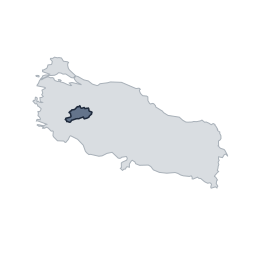 Afyonkarahisar on a map of Turkey (Robinson projection), rotated 21°
{"feature_id": "TUR-2272", "entity_name": "Afyonkarahisar", "entity_type": "Province", "adm_level": 1, "iso_a3": "TUR", "parent_name": "Turkey", "parent_adm1": "", "projection": "robinson", "projection_center": [30.622, 38.521], "detail": "fine", "context": "in_parent", "style": "filled", "palette": "slate", "viewbox_px": 256, "rotation_deg": 21, "n_neighbors": 0, "source": "natural_earth", "source_scale": "10m", "svg_char_len": 4732}
<svg xmlns="http://www.w3.org/2000/svg" viewBox="0 0 256 256"><g transform="rotate(21 128 128)"><path d="M194.2,94.1L197.6,95.2L198.7,94.4L201.8,94.5L204.5,95.1L205.9,93.3L207.9,93.5L208.3,94.4L209.3,94.8L212.2,97.1L211.9,97.4L212.7,98.3L215.2,98.9L215.5,100.1L217.5,101.9L218.6,104.6L218.1,106.5L217.1,107.7L218.9,111.9L218.5,112.4L221.5,113.8L225.3,113.6L226.5,114.2L230.3,117.5L231.3,118.7L228.7,117.2L227.4,118.5L226.8,121.8L222.9,122.4L223.6,124.5L224.7,125.5L224.4,127.5L224.8,128.3L225.9,129.6L225.9,131.4L226.4,133.3L226.5,135.5L228.2,136.2L227.5,137.3L225.9,141.9L226.1,142.3L227.3,142.4L230.2,144.5L229.7,145.2L230.2,148.2L232.7,150.1L232.4,151.1L232.5,152.1L230.7,151.6L227.3,154.3L226.9,154.2L226.4,153.3L226.1,150.6L225.2,150.0L224.1,149.8L222.2,151.0L220.5,150.9L218.7,150.7L214.0,149.1L212.3,149.6L210.5,149.0L207.1,152.3L206.1,152.5L205.5,150.9L204.2,150.0L202.7,151.2L196.8,152.8L194.1,153.0L190.7,152.5L187.9,152.7L180.4,156.3L173.2,158.2L166.7,158.0L163.1,155.8L160.3,155.3L152.1,158.7L148.0,158.6L146.6,157.2L143.5,156.6L142.8,157.9L142.2,161.2L143.4,164.1L141.6,164.3L140.5,165.0L140.3,167.2L138.7,168.1L138.2,169.5L137.9,169.5L135.3,168.4L136.0,167.3L134.3,163.1L135.0,161.9L138.3,158.5L138.2,156.5L136.7,155.2L132.5,157.6L132.1,158.6L131.2,159.3L129.6,159.6L121.9,156.4L117.5,159.2L113.8,163.3L110.9,164.8L102.5,166.0L101.0,166.8L98.1,165.9L96.4,164.8L92.4,160.1L85.0,156.6L77.2,155.8L76.6,156.7L76.3,160.3L75.1,163.7L74.4,164.0L72.7,163.2L66.7,165.2L61.6,162.9L60.7,162.0L59.5,158.0L58.8,157.7L58.0,158.3L57.1,158.3L53.4,156.6L51.5,156.5L50.3,158.1L48.3,158.8L48.3,158.3L49.0,157.3L45.9,157.5L44.3,158.3L42.1,157.8L42.2,157.3L44.1,156.8L48.2,156.2L50.8,153.6L41.0,153.7L40.0,154.3L39.9,152.9L40.5,152.3L43.1,151.8L42.9,150.7L41.3,149.4L39.6,148.8L38.9,145.9L38.0,145.2L38.1,144.8L39.7,144.3L40.1,142.2L39.9,141.0L36.7,139.8L36.0,139.9L35.2,138.8L33.9,138.0L32.8,138.7L29.6,137.0L30.2,135.8L31.0,135.8L31.2,134.8L30.6,133.2L30.6,132.4L31.3,132.2L32.1,132.3L32.9,133.3L33.0,135.1L33.8,136.2L34.4,135.1L35.9,135.7L38.5,135.2L39.0,134.7L37.1,134.7L36.4,134.3L34.9,131.2L36.5,130.4L37.6,128.9L35.5,127.9L35.9,125.9L34.1,123.5L36.6,120.5L36.5,120.1L35.7,119.9L27.9,121.2L27.8,119.8L28.4,118.7L28.4,115.8L28.8,114.2L30.2,113.8L32.0,111.5L34.9,108.8L37.9,108.9L39.1,108.1L40.9,108.1L41.4,109.1L42.9,109.9L45.6,109.8L47.0,109.1L45.7,107.8L47.3,107.3L48.5,107.6L47.8,109.1L48.2,109.2L51.7,108.8L55.4,109.1L59.5,109.0L60.0,108.5L57.1,107.1L59.0,105.8L60.0,105.5L68.6,104.4L68.6,104.1L63.4,103.4L60.7,101.7L60.0,100.8L60.5,98.6L61.1,98.0L63.0,97.9L69.4,98.9L74.0,98.3L79.0,99.8L83.8,99.5L84.8,98.8L86.0,96.7L92.7,93.1L95.1,91.3L105.6,87.7L121.3,88.3L124.0,86.9L125.6,87.4L125.2,88.3L125.3,89.2L127.3,91.3L130.1,92.6L134.0,91.5L135.4,91.9L136.8,95.3L139.3,97.3L140.5,97.5L141.9,96.3L143.3,96.1L145.6,97.3L146.5,98.5L154.1,99.9L155.7,100.9L160.8,101.9L172.0,99.5L176.2,101.1L179.6,101.7L181.1,101.4L185.6,99.5L187.0,98.4L189.8,97.5L193.2,95.3L194.2,94.1ZM49.0,88.1L48.7,89.6L49.3,91.3L50.9,93.6L52.5,94.8L60.1,97.9L59.0,100.8L57.1,101.3L50.6,99.9L47.9,101.0L46.0,100.7L43.3,101.3L42.5,103.0L40.6,105.0L35.3,107.5L30.4,112.5L29.0,113.1L29.7,111.4L29.7,109.9L31.8,108.2L34.8,106.9L35.6,105.8L28.1,106.0L27.4,104.5L28.2,104.2L30.7,101.5L30.9,100.4L30.7,97.8L33.7,96.2L33.9,95.6L33.5,93.0L30.8,91.5L30.8,90.7L32.8,90.0L34.0,88.2L36.9,87.8L38.3,87.0L40.8,86.5L43.8,88.8L47.6,87.9L49.0,88.1ZM26.5,112.3L24.0,112.7L23.3,112.3L24.1,111.5L26.0,111.0L26.6,111.8L26.5,112.3Z" fill="#d9dde1" stroke="#a8b0b8" stroke-width="1"/><path d="M69.0,131.3L71.3,130.0L71.6,129.6L72.0,128.9L72.3,128.0L72.6,127.5L72.8,126.9L73.0,126.3L74.3,125.8L75.0,124.6L75.4,124.7L75.7,125.0L75.9,125.4L76.1,125.7L76.3,125.8L76.5,126.0L77.0,126.2L77.5,126.2L77.9,126.0L78.6,125.5L79.3,124.9L79.7,124.6L80.2,124.8L80.7,125.3L81.5,125.0L82.3,124.4L82.7,124.3L83.1,124.1L83.5,123.8L83.9,123.6L84.7,124.4L85.2,125.6L86.0,126.2L87.5,126.0L88.3,126.1L88.7,126.2L88.6,127.0L88.5,127.4L88.8,127.7L89.0,127.8L88.9,128.3L88.1,129.7L87.8,130.3L87.6,131.0L87.6,131.3L87.7,131.5L87.6,131.8L86.7,133.0L85.8,133.8L83.9,135.1L83.6,135.0L83.4,134.8L82.9,134.2L82.7,134.0L82.5,133.9L82.2,133.8L82.0,134.0L81.5,134.6L80.1,135.6L79.4,136.4L78.7,137.0L77.9,137.3L77.7,137.3L77.4,137.4L76.8,137.8L76.4,137.9L76.0,138.1L75.5,138.7L74.9,139.2L74.5,139.4L73.5,140.4L72.7,140.8L72.5,141.2L72.3,142.6L72.0,143.2L71.2,143.6L70.3,143.6L69.4,143.6L68.5,143.9L68.0,143.1L67.9,143.0L67.7,142.9L67.4,142.8L67.3,142.7L66.8,142.7L66.5,142.6L66.5,141.3L66.7,140.9L67.0,140.7L67.4,140.6L70.3,138.5L70.6,138.1L70.5,137.2L70.2,136.9L69.0,135.0L67.5,134.7L67.5,134.3L67.7,134.0L67.9,133.5L68.1,133.0L68.8,132.3L68.9,131.8L69.0,131.3Z" fill="#64748b" stroke="#1e293b" stroke-width="1.5"/></g></svg>